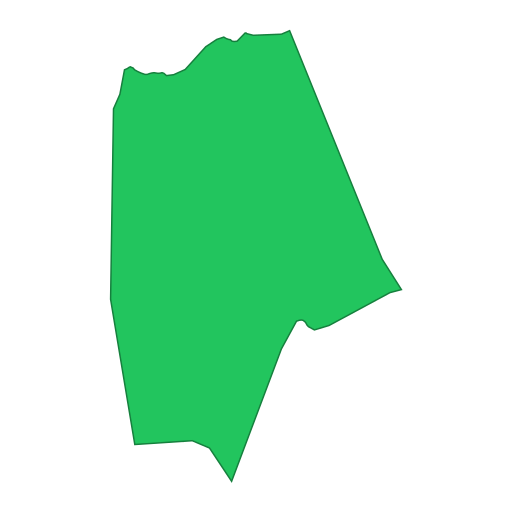 the border of Saint Andrew
{"feature_id": "BRB-1990", "entity_name": "Saint Andrew", "entity_type": "Parish", "adm_level": 1, "iso_a3": "BRB", "parent_name": "Barbados", "parent_adm1": "", "projection": "natural_earth1", "projection_center": [-59.584, 13.25], "detail": "fine", "context": "isolated", "style": "filled", "palette": "green", "viewbox_px": 512, "rotation_deg": 0, "n_neighbors": 0, "source": "natural_earth", "source_scale": "10m", "svg_char_len": 801}
<svg xmlns="http://www.w3.org/2000/svg" viewBox="0 0 512 512"><path d="M289.6,30.7L382.2,259.3L401.4,289.6L390.0,292.6L329.0,325.5L314.4,329.9L308.5,326.7L307.1,325.2L305.5,322.3L304.2,321.2L303.0,320.3L301.2,320.0L299.2,320.3L296.5,321.2L281.4,348.9L231.6,481.3L209.5,448.0L192.3,440.7L134.8,444.5L110.6,299.3L113.5,108.8L119.9,94.3L124.5,69.8L127.3,68.6L129.0,67.4L130.3,66.8L131.6,67.4L133.1,68.0L134.6,69.8L137.6,71.5L140.9,73.0L144.9,74.4L147.3,74.4L149.8,73.5L151.8,73.0L154.0,72.7L157.8,73.3L159.1,73.3L160.8,73.0L162.0,72.7L163.8,73.3L166.5,75.6L173.7,74.7L185.2,69.5L205.8,46.7L216.8,39.4L223.8,37.1L226.1,38.5L228.6,39.4L230.4,39.7L232.0,41.2L234.2,41.5L237.1,41.2L245.1,33.0L246.1,33.0L246.6,33.6L253.3,35.3L281.4,34.2L289.6,30.7Z" fill="#22c55e" stroke="#15803d" stroke-width="1.5"/></svg>